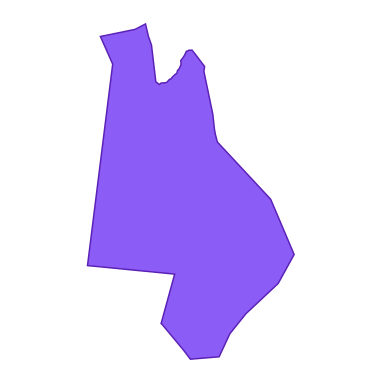 the district of Santiago Zoochila, Oaxaca, Mexico, rotated 181°
{"feature_id": "50627088B50868088212733", "entity_name": "Santiago Zoochila", "entity_type": "district", "adm_level": 2, "iso_a3": "MEX", "parent_name": "Mexico", "parent_adm1": "Oaxaca", "projection": "natural_earth1", "projection_center": [-96.251, 17.216], "detail": "fine", "context": "isolated", "style": "filled", "palette": "violet", "viewbox_px": 384, "rotation_deg": 181, "n_neighbors": 0, "source": "geoboundaries", "source_scale": "gbopen_adm2", "svg_char_len": 787}
<svg xmlns="http://www.w3.org/2000/svg" viewBox="0 0 384 384"><g transform="rotate(181 192 192)"><path d="M286.3,345.9L273.7,318.8L273.5,318.7L295.2,116.6L239.1,112.1L207.9,109.6L220.6,59.9L220.1,59.7L197.6,33.6L190.7,24.8L162.0,27.7L151.7,50.9L136.0,71.2L104.2,102.1L88.8,131.3L113.2,186.1L167.5,242.4L169.5,249.5L170.6,254.8L172.6,270.4L182.2,312.8L181.6,317.7L191.1,329.8L194.5,333.9L196.5,333.7L197.7,333.7L199.1,332.7L200.0,332.7L202.0,328.3L204.5,324.5L205.5,323.4L205.2,320.0L205.3,318.9L207.1,314.8L208.6,313.2L209.0,311.3L209.4,310.3L211.0,309.2L213.9,306.2L215.4,304.3L216.4,304.3L218.9,301.4L220.2,300.8L224.9,300.4L226.4,298.9L230.1,301.6L235.1,338.4L235.3,338.8L238.3,346.9L241.4,359.2L251.8,353.6L286.3,345.9Z" fill="#8b5cf6" stroke="#5b21b6" stroke-width="1.5"/></g></svg>